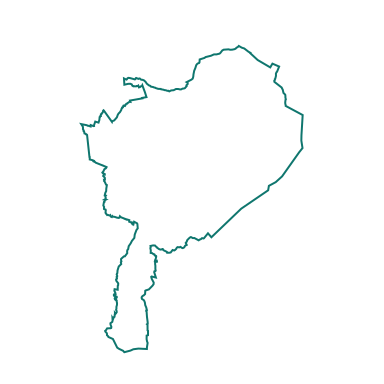 outline of Atlautla, México, Mexico, rotated 339°
{"feature_id": "50627088B45951855748023", "entity_name": "Atlautla", "entity_type": "district", "adm_level": 2, "iso_a3": "MEX", "parent_name": "Mexico", "parent_adm1": "México", "projection": "equal_earth", "projection_center": [-98.761, 19.016], "detail": "fine", "context": "isolated", "style": "outline", "palette": "teal", "viewbox_px": 384, "rotation_deg": 339, "n_neighbors": 0, "source": "geoboundaries", "source_scale": "gbopen_adm2", "svg_char_len": 5868}
<svg xmlns="http://www.w3.org/2000/svg" viewBox="0 0 384 384"><g transform="rotate(339 192 192)"><path d="M108.8,122.6L109.0,122.7L108.2,125.0L110.6,126.7L111.5,127.6L111.0,128.1L111.6,128.7L111.9,128.5L112.6,130.1L121.2,138.1L121.0,138.4L120.1,139.0L118.4,139.3L116.5,141.1L115.3,141.7L115.4,142.3L117.0,144.0L116.8,144.5L116.4,144.3L115.5,144.5L114.8,145.2L115.5,146.7L115.7,147.6L115.1,149.3L114.8,149.5L114.3,149.2L114.2,150.2L113.9,150.3L114.2,151.3L114.4,154.3L115.0,155.0L113.1,158.3L112.2,160.4L110.8,161.7L109.6,163.4L109.3,163.9L110.2,164.5L109.5,165.0L109.3,166.8L108.8,167.5L107.7,167.7L108.7,168.3L107.9,168.4L107.3,169.1L107.2,169.0L106.7,169.9L106.2,169.8L104.4,172.8L104.6,174.5L104.0,175.5L103.8,176.5L105.0,177.4L105.0,178.1L103.8,180.4L104.0,180.8L103.9,181.2L104.5,183.0L104.8,182.9L106.9,184.6L107.4,184.4L107.4,185.9L108.2,186.7L109.0,186.1L109.1,186.5L110.9,187.5L112.8,189.1L114.4,190.0L115.1,189.9L116.0,188.8L116.7,190.2L119.7,192.9L119.6,193.0L121.1,194.4L121.3,194.2L123.4,195.8L122.7,197.2L124.4,198.7L124.7,200.0L125.2,199.3L125.8,201.1L127.3,199.0L129.5,201.6L129.5,202.4L128.3,206.5L126.5,207.6L123.3,211.2L121.7,214.2L118.4,216.1L116.3,218.0L113.5,219.9L111.9,222.5L110.8,223.1L110.2,224.1L109.6,225.9L106.3,228.0L105.6,227.7L105.1,227.8L101.9,229.0L101.4,229.9L101.2,231.6L100.4,232.0L100.1,233.9L96.9,235.3L94.4,238.5L93.2,241.0L92.6,241.4L92.1,242.1L92.2,243.2L91.8,244.2L91.2,244.3L90.9,246.0L89.8,246.4L89.5,247.7L90.4,250.8L89.6,252.6L89.1,252.9L87.6,256.6L84.9,255.0L84.1,256.4L84.3,258.7L84.0,260.1L83.7,260.1L83.0,259.6L82.6,259.6L82.1,260.1L82.0,260.9L84.1,262.6L84.2,263.1L83.9,263.6L83.2,263.8L82.5,262.9L81.7,263.6L81.6,264.3L81.8,265.1L82.2,265.7L82.7,265.7L82.8,266.5L82.5,267.0L82.2,268.8L81.5,270.5L80.3,272.1L79.6,273.9L78.9,274.8L79.0,276.2L78.5,277.4L77.9,277.6L77.5,278.1L76.9,278.1L76.7,277.4L76.3,278.6L76.0,278.6L75.2,280.3L74.8,280.8L74.4,280.7L74.1,280.9L73.0,282.1L72.7,280.8L71.8,283.6L71.0,284.7L68.8,285.3L68.4,286.6L68.4,289.0L67.8,290.0L67.1,290.0L63.9,288.9L62.0,290.3L61.1,290.6L61.1,291.4L61.8,293.0L61.8,293.9L61.3,295.2L62.0,296.6L62.0,297.4L65.5,300.9L66.4,310.5L67.7,312.3L70.8,315.6L71.4,317.3L77.7,318.0L80.9,317.8L85.9,319.0L93.6,322.4L94.4,320.6L96.5,317.0L96.5,315.3L96.9,313.1L98.2,309.8L99.6,309.9L99.9,309.2L101.2,305.8L100.9,305.3L102.9,300.0L102.6,299.3L103.5,299.0L104.0,297.5L105.2,292.5L106.9,286.9L106.6,286.5L107.3,285.7L107.6,285.8L107.9,283.3L107.8,280.9L108.4,278.3L108.4,276.4L108.2,275.6L107.0,274.0L107.0,273.0L107.3,272.2L108.5,271.4L109.9,271.2L111.6,270.5L113.0,267.4L113.6,267.3L116.8,267.5L121.6,265.3L123.1,264.3L123.8,262.8L123.3,258.6L123.5,256.6L124.0,256.4L127.6,258.9L128.0,253.2L128.6,252.5L129.5,252.7L129.9,252.4L130.2,250.8L131.4,247.7L131.6,246.6L132.4,244.2L134.3,244.5L134.5,243.5L132.7,243.1L133.1,242.5L133.3,242.6L135.4,239.6L135.5,239.2L135.2,239.0L135.4,238.7L134.4,237.6L134.6,236.9L134.3,236.5L133.2,235.5L132.8,234.7L131.6,234.1L132.6,231.7L133.0,229.4L133.7,228.7L133.9,227.5L136.5,227.9L138.3,228.7L138.9,230.3L139.3,230.7L139.6,231.9L139.9,232.1L140.6,233.3L141.8,234.4L143.3,234.8L143.9,234.6L144.3,234.8L144.5,236.1L147.1,238.9L147.0,239.8L149.5,240.7L150.5,240.8L153.1,239.2L154.4,240.2L155.6,240.0L156.9,239.4L157.9,238.5L158.9,238.3L160.2,239.1L161.6,239.1L162.4,240.4L163.3,241.1L164.9,240.9L166.3,239.7L168.1,239.5L167.9,237.3L169.4,236.4L170.2,235.3L172.5,234.2L174.4,233.6L175.0,233.8L176.2,235.3L177.7,235.8L180.9,239.5L182.0,239.2L183.5,239.2L184.6,238.7L184.9,238.7L186.0,239.5L186.5,239.5L192.1,236.3L193.9,241.2L232.0,225.2L263.7,217.7L266.0,213.8L273.7,212.8L281.7,209.7L306.3,193.3L310.9,190.6L312.5,183.2L314.5,178.3L322.9,159.8L310.3,145.2L310.6,144.4L310.7,143.1L311.2,141.6L312.5,139.2L312.8,139.1L313.1,137.1L313.6,135.9L313.9,134.5L312.9,132.3L313.4,128.8L313.1,127.5L313.2,126.7L308.4,118.7L308.6,117.7L309.6,117.0L309.8,116.3L310.3,116.1L312.0,113.7L312.8,111.5L313.9,110.4L314.5,110.2L318.3,106.1L313.1,101.0L309.7,103.7L300.6,92.3L296.1,83.2L296.4,83.0L295.0,81.3L292.2,76.7L290.2,75.1L288.0,72.4L287.2,72.9L285.1,73.3L284.1,73.8L282.9,73.9L280.4,73.5L278.5,72.8L277.2,71.9L272.6,70.5L271.0,70.7L268.2,72.4L267.3,72.7L264.1,72.3L261.7,71.4L258.6,71.6L253.0,70.9L251.7,71.3L246.7,71.0L245.4,73.7L244.9,74.1L244.1,74.0L242.7,74.3L241.4,75.1L239.6,77.4L237.5,79.6L235.6,82.6L234.5,84.8L233.3,86.4L231.8,86.9L226.4,87.5L227.1,88.4L226.7,89.6L225.0,90.4L225.0,91.2L222.6,92.5L221.6,92.5L220.2,92.1L218.5,92.3L217.5,91.9L216.2,91.0L214.0,90.1L211.4,90.4L208.9,89.7L206.8,89.9L206.2,89.0L205.2,88.7L204.0,87.6L203.1,87.2L201.9,86.2L199.9,85.0L199.8,84.6L197.4,83.6L195.3,81.9L195.0,81.4L194.1,80.9L193.5,80.2L191.4,78.9L191.1,78.0L190.0,77.0L188.6,74.6L188.2,72.7L187.2,70.6L186.0,69.5L184.8,69.0L183.9,67.3L183.2,67.1L182.5,67.2L180.7,65.5L180.3,65.6L179.5,66.4L179.0,66.4L174.8,63.3L173.4,62.6L172.4,62.8L171.5,63.5L171.1,63.6L169.2,61.6L167.3,67.6L171.0,68.1L173.1,68.8L174.3,69.9L174.4,71.4L175.1,72.3L175.5,72.2L176.3,72.8L178.0,73.4L178.3,73.2L179.3,73.6L180.0,73.4L179.9,75.3L181.1,75.4L182.0,75.0L183.2,75.2L183.9,74.5L183.8,82.2L183.5,87.1L179.2,86.3L179.2,86.8L166.9,84.4L166.8,85.8L166.0,85.3L164.9,85.7L163.9,85.8L163.2,86.3L162.5,86.1L160.9,86.8L160.8,87.3L160.2,87.7L159.0,86.8L158.6,87.1L157.9,88.2L157.0,88.1L156.7,88.7L156.2,88.9L155.3,90.1L153.4,91.6L151.6,92.4L150.4,93.3L148.6,95.4L145.0,97.3L143.4,97.3L142.7,97.5L142.4,97.9L138.9,84.4L138.7,84.0L138.1,84.3L137.7,85.2L136.7,86.0L136.0,86.2L135.7,86.7L134.8,86.8L134.6,87.4L134.2,87.8L134.1,88.4L133.5,88.3L133.0,89.0L132.6,89.0L131.3,91.6L129.6,93.7L126.9,91.6L124.4,94.6L124.2,95.3L123.7,95.2L121.4,93.2L120.8,94.5L118.8,92.9L118.3,92.7L117.8,92.0L112.9,88.9L113.5,91.8L113.3,92.8L112.7,94.3L112.9,94.8L112.6,96.3L113.0,96.6L112.6,98.8L113.5,99.5L113.6,100.1L114.1,100.3L114.5,101.1L108.8,122.6Z" fill="none" stroke="#0f766e" stroke-width="2"/></g></svg>